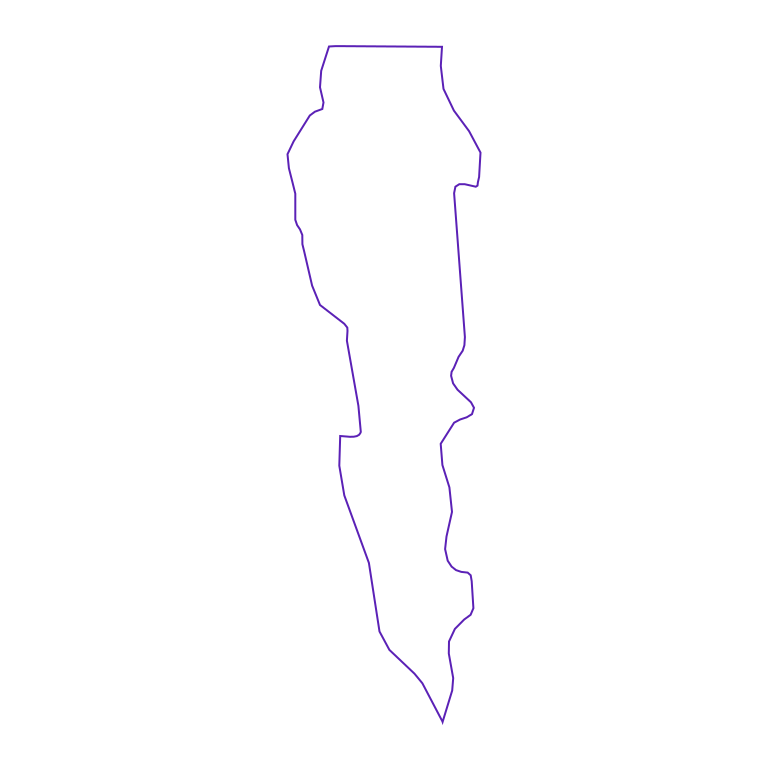 SVG path tracing the border of Plateau
{"feature_id": "BEN-2179", "entity_name": "Plateau", "entity_type": "Department", "adm_level": 1, "iso_a3": "BEN", "parent_name": "Benin", "parent_adm1": "", "projection": "robinson", "projection_center": [2.644, 7.082], "detail": "fine", "context": "isolated", "style": "outline", "palette": "violet", "viewbox_px": 768, "rotation_deg": 0, "n_neighbors": 0, "source": "natural_earth", "source_scale": "10m", "svg_char_len": 1258}
<svg xmlns="http://www.w3.org/2000/svg" viewBox="0 0 768 768"><path d="M442.0,46.8L440.8,65.9L443.5,88.9L453.9,110.6L469.1,131.2L480.5,152.6L479.1,177.0L477.9,182.3L477.5,185.6L475.8,186.7L464.7,184.2L459.3,184.2L455.4,186.7L454.1,193.2L464.9,337.1L464.4,345.2L462.7,350.7L458.6,356.8L453.9,367.9L451.6,371.8L451.1,375.8L453.1,383.4L457.5,389.7L471.0,402.3L474.0,407.8L472.0,414.1L466.7,417.3L460.1,419.5L454.1,422.7L440.7,443.8L442.4,465.0L449.4,487.4L452.0,511.9L446.5,536.5L445.1,549.1L447.7,560.7L451.6,566.6L456.0,570.1L461.3,571.9L467.7,572.6L470.7,575.3L471.7,581.2L473.4,608.2L470.6,614.8L464.2,619.5L454.9,628.9L449.0,641.5L448.8,653.5L453.2,678.1L452.2,690.5L442.6,721.9L442.5,721.6L422.4,683.3L414.5,673.7L389.4,649.9L379.5,631.5L368.9,562.9L344.3,495.4L339.3,465.7L340.2,436.0L350.0,436.8L353.8,436.7L356.8,436.1L359.1,434.8L360.3,433.1L360.7,432.2L360.8,431.9L358.4,405.8L346.9,340.7L347.5,330.9L347.3,327.6L344.3,323.8L320.0,305.0L312.1,285.6L304.1,251.1L302.4,244.2L302.3,235.0L300.0,229.4L297.1,225.1L295.3,219.8L295.3,193.7L292.6,182.8L288.9,168.2L287.5,154.2L293.6,141.4L309.8,115.5L314.9,111.7L322.3,109.0L323.5,102.5L320.0,87.3L321.2,70.8L329.0,46.5L335.8,46.1L441.8,46.8L442.0,46.8Z" fill="none" stroke="#5b21b6" stroke-width="2"/></svg>